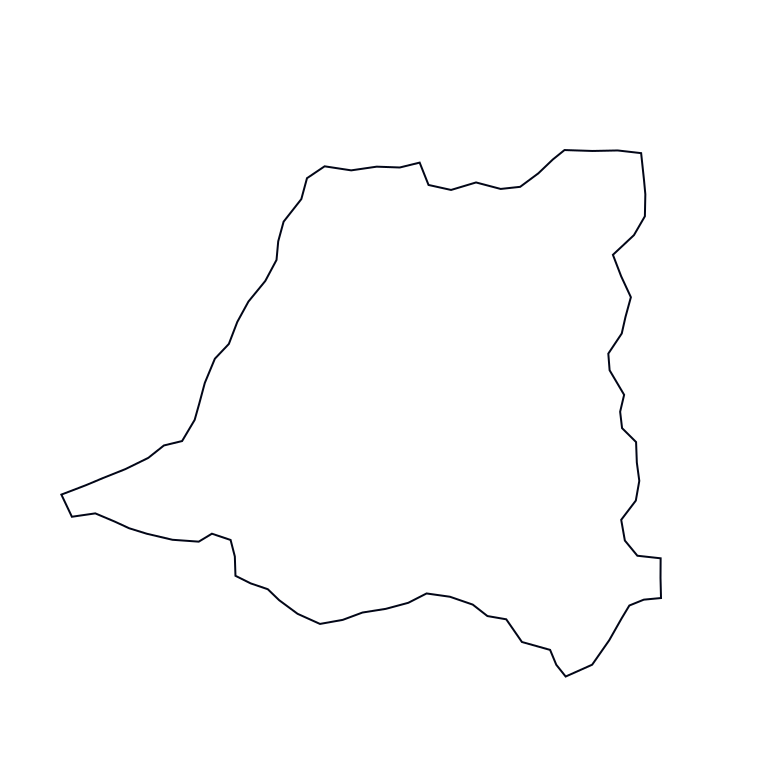 Campo Limpo Paulista, São Paulo, Brazil, rotated 278°
{"feature_id": "56859067B17451469585276", "entity_name": "Campo Limpo Paulista", "entity_type": "district", "adm_level": 2, "iso_a3": "BRA", "parent_name": "Brazil", "parent_adm1": "São Paulo", "projection": "mercator", "projection_center": [-46.762, -23.21], "detail": "fine", "context": "isolated", "style": "outline", "palette": "ink", "viewbox_px": 768, "rotation_deg": 278, "n_neighbors": 0, "source": "geoboundaries", "source_scale": "gbopen_adm2", "svg_char_len": 1304}
<svg xmlns="http://www.w3.org/2000/svg" viewBox="0 0 768 768"><g transform="rotate(278 384 384)"><path d="M600.6,369.5L598.2,346.5L591.0,321.8L591.3,294.9L577.1,279.1L555.6,276.4L530.8,262.0L510.6,259.4L491.9,260.3L469.5,252.1L446.8,238.3L425.1,230.1L402.1,224.8L385.5,213.0L360.1,206.4L339.0,203.8L322.1,201.5L299.4,192.0L292.5,174.6L278.0,160.8L263.7,139.7L251.7,118.7L242.3,102.9L229.6,79.9L209.1,93.4L215.7,116.1L210.3,136.4L205.7,151.6L202.7,170.0L200.3,196.2L202.1,222.5L211.8,234.4L208.2,253.8L192.4,260.3L173.4,263.6L168.0,279.7L164.6,297.5L155.3,310.3L144.4,330.4L137.5,354.0L144.7,376.0L154.7,394.5L161.6,417.1L170.7,438.5L182.5,455.3L182.5,478.9L177.9,502.6L168.6,518.7L168.0,537.8L147.7,556.5L143.8,585.5L129.9,593.7L119.6,604.6L135.0,629.2L161.6,642.7L184.9,651.9L198.8,657.8L206.6,671.3L210.6,688.1L230.5,684.8L249.9,682.2L249.2,658.8L262.5,644.3L282.5,637.8L303.6,649.6L323.6,650.3L341.4,645.3L361.6,641.7L373.4,625.9L389.4,621.7L406.7,623.3L429.0,605.5L445.3,601.9L467.1,612.4L484.0,613.8L504.3,616.4L523.6,603.9L543.8,592.7L566.2,610.8L586.4,619.0L608.2,616.4L622.1,613.1L648.4,606.5L647.8,582.9L643.8,558.2L640.8,530.2L629.9,520.0L614.2,507.6L598.2,491.4L593.4,472.4L596.4,447.1L585.5,423.4L587.3,400.4L608.2,388.5L600.6,369.5Z" fill="none" stroke="#020617" stroke-width="2"/></g></svg>